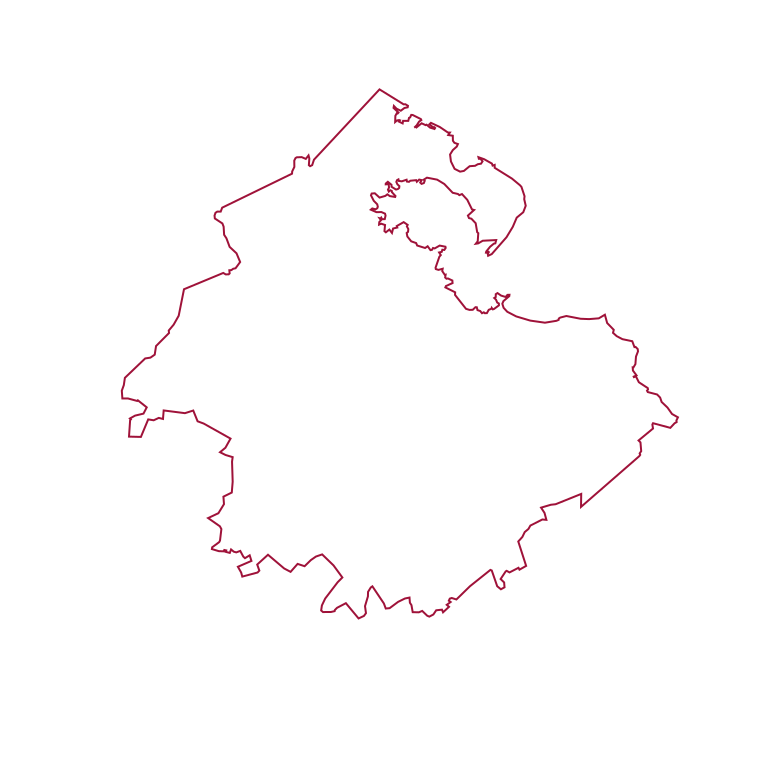 San Antero, Córdoba, Colombia (Natural Earth projection), rotated 43°
{"feature_id": "7082276B13648445071260", "entity_name": "San Antero", "entity_type": "district", "adm_level": 2, "iso_a3": "COL", "parent_name": "Colombia", "parent_adm1": "Córdoba", "projection": "natural_earth1", "projection_center": [-75.777, 9.358], "detail": "fine", "context": "isolated", "style": "outline", "palette": "rose", "viewbox_px": 768, "rotation_deg": 43, "n_neighbors": 0, "source": "geoboundaries", "source_scale": "gbopen_adm2", "svg_char_len": 6165}
<svg xmlns="http://www.w3.org/2000/svg" viewBox="0 0 768 768"><g transform="rotate(43 384 384)"><path d="M411.7,621.5L420.1,608.1L420.1,605.5L414.4,602.5L415.6,588.0L436.8,587.0L443.8,585.1L443.5,574.5L450.2,571.4L450.6,562.7L451.9,556.6L455.0,550.8L470.8,551.1L485.5,553.9L485.3,560.6L487.3,581.0L489.6,588.3L492.5,592.5L494.9,592.4L500.7,586.9L502.8,583.8L502.2,582.8L502.3,579.7L505.6,570.3L525.3,572.8L527.5,567.3L527.1,563.9L521.6,559.4L517.1,550.3L514.1,546.9L513.1,541.8L513.5,539.9L533.6,544.6L538.4,547.0L541.0,544.1L542.9,533.7L545.6,526.6L548.3,522.8L552.1,526.3L554.9,527.0L560.6,531.3L565.2,527.2L566.7,523.9L573.7,524.0L575.8,523.2L577.3,518.9L576.5,513.9L580.3,509.5L582.9,510.7L583.5,502.6L580.5,502.7L581.4,498.0L579.2,498.3L578.5,496.1L579.5,494.3L583.9,492.2L584.8,473.2L588.6,447.4L590.0,446.9L604.7,454.7L609.5,454.4L610.8,450.5L607.2,447.2L602.3,447.1L600.8,438.1L601.1,437.0L604.3,436.2L607.7,426.7L609.7,427.4L612.0,420.1L589.6,407.6L589.5,401.5L587.9,396.3L588.5,391.5L587.6,387.7L592.2,375.1L595.4,372.6L589.3,368.8L583.2,367.3L588.4,358.5L591.5,354.9L603.2,329.9L611.9,339.5L619.9,262.7L619.7,261.1L618.3,260.4L617.9,257.7L611.4,251.8L608.7,251.7L611.1,233.1L607.9,230.6L607.5,229.2L623.3,220.8L623.3,214.5L624.0,212.3L622.7,211.2L621.7,207.9L615.1,209.5L607.4,207.9L599.3,207.8L595.2,205.6L590.9,205.4L582.4,210.0L580.9,209.5L580.8,207.9L579.7,207.1L569.2,208.9L563.0,206.6L562.1,208.5L561.6,208.3L562.8,205.5L556.9,204.4L554.5,202.2L555.1,201.7L554.3,198.0L549.6,192.1L547.5,186.9L545.7,185.4L542.7,185.3L542.0,186.2L536.4,183.4L527.8,188.6L521.6,190.3L516.6,190.4L515.1,187.7L505.6,187.2L498.3,182.7L496.3,189.5L489.7,196.7L483.3,202.2L471.0,209.9L467.6,215.2L467.2,216.9L468.0,218.0L467.0,220.2L459.9,229.4L447.7,237.9L434.6,244.4L424.9,247.1L419.5,246.7L415.8,244.6L414.8,241.9L415.7,234.3L414.9,233.2L413.5,234.6L413.6,237.4L409.3,239.5L405.0,240.1L404.5,242.1L406.4,244.2L406.0,245.9L408.3,245.9L411.2,247.2L413.1,246.8L414.4,248.1L413.3,254.1L412.7,255.2L410.9,254.9L411.3,255.6L410.0,258.3L410.9,262.0L409.4,263.5L408.1,263.5L407.4,265.4L404.6,265.0L402.0,266.2L399.5,264.6L398.5,265.5L398.3,269.2L396.0,271.5L392.7,273.1L375.2,270.4L373.5,268.4L363.0,271.5L362.5,270.1L365.3,263.4L363.4,261.7L358.8,263.2L357.9,264.4L356.1,264.4L354.5,262.0L354.0,262.7L349.6,261.7L348.3,259.7L346.0,263.4L343.5,264.6L342.4,263.8L337.7,253.2L337.6,251.0L334.6,250.2L336.1,248.0L335.1,246.0L336.7,244.8L336.3,242.4L335.3,241.7L330.3,244.8L328.6,250.3L327.1,251.1L327.6,253.1L326.7,254.4L322.0,253.5L321.3,256.5L313.8,260.1L311.4,259.0L306.6,261.1L300.5,260.2L297.6,258.1L297.8,256.3L296.1,254.1L293.2,253.1L292.8,251.5L288.0,252.2L285.6,259.8L287.0,260.5L284.6,264.1L286.8,268.1L282.6,267.4L281.9,271.8L280.1,271.9L276.3,267.0L272.6,268.7L271.7,270.8L270.1,268.8L270.1,266.3L267.7,265.8L268.6,265.3L268.5,264.2L270.2,264.8L272.1,262.9L270.3,259.8L268.6,258.7L264.9,260.0L261.2,263.5L255.5,265.5L255.7,263.6L258.7,262.0L259.2,260.0L258.6,258.6L256.5,257.2L251.6,257.0L245.8,254.9L245.1,253.1L247.2,250.8L253.6,250.7L256.7,245.5L257.1,243.0L260.1,242.6L264.6,239.6L264.2,238.7L259.0,238.3L258.0,237.5L256.5,238.0L256.3,240.0L254.4,239.2L253.7,236.9L251.6,235.1L250.7,235.1L249.1,236.8L248.6,236.2L248.9,233.5L253.6,233.2L255.0,234.6L260.2,233.6L261.2,231.9L261.4,230.3L260.3,228.8L257.6,228.8L255.2,227.8L254.5,226.0L255.0,224.5L256.3,225.4L258.8,223.6L261.2,219.2L262.7,220.3L264.4,219.1L264.6,217.4L268.5,213.0L270.1,213.7L270.3,210.5L272.5,209.2L273.1,212.0L275.0,212.0L276.1,209.9L275.2,207.6L273.7,207.5L274.7,203.8L283.5,198.3L291.7,196.6L303.8,197.3L308.5,194.6L310.3,194.5L311.5,191.9L319.3,192.5L329.3,196.3L331.2,195.3L330.5,203.6L333.0,204.7L335.2,203.5L341.4,203.9L348.6,209.4L350.1,209.4L355.2,215.7L355.5,218.8L357.0,216.9L358.5,211.9L367.9,202.2L369.5,205.2L368.6,206.5L368.0,211.2L368.4,217.3L369.0,218.4L369.9,217.7L370.5,215.3L371.2,218.1L372.7,219.2L374.2,215.5L373.5,193.1L371.0,181.2L367.6,171.8L368.7,163.4L366.1,157.0L360.5,153.2L358.7,150.8L350.1,146.1L347.9,145.9L337.5,146.5L317.5,150.4L315.5,148.3L314.5,150.2L312.6,149.2L303.9,151.3L298.4,153.7L299.8,154.6L301.0,153.5L304.2,153.9L304.7,156.7L302.7,159.3L301.8,162.3L298.1,166.3L297.1,173.7L294.8,176.8L288.9,178.5L281.2,175.6L275.8,171.1L274.8,166.0L275.3,160.7L274.4,158.1L271.0,159.6L268.5,159.1L265.0,155.5L261.2,158.1L260.7,155.2L259.2,156.5L249.5,158.0L240.2,161.0L240.1,163.1L244.6,162.8L245.7,161.8L246.8,161.9L247.0,163.1L242.8,165.1L238.3,165.3L237.9,166.3L233.7,167.7L232.8,174.0L232.0,173.7L231.3,175.8L231.5,172.5L230.7,168.2L231.3,165.5L230.3,165.1L221.5,167.7L220.4,168.6L221.3,171.2L220.8,172.3L222.3,175.0L218.5,178.5L219.9,180.7L216.0,181.9L215.8,180.3L215.1,180.6L213.8,182.3L213.5,184.8L209.4,180.1L208.7,177.2L209.5,176.9L209.5,175.6L202.7,175.6L201.6,173.9L205.4,174.1L209.9,172.7L210.7,168.2L212.6,165.5L211.8,164.2L208.9,164.8L207.6,166.1L179.8,171.6L179.8,267.7L182.2,272.9L181.4,275.1L179.8,275.2L175.6,270.0L172.9,268.3L173.3,272.7L169.1,274.2L165.6,277.7L165.2,279.1L166.0,281.8L170.4,286.4L171.9,291.2L173.3,292.9L145.4,365.4L147.0,369.3L144.5,371.6L144.0,373.7L145.2,376.4L147.4,378.3L156.3,376.8L159.4,378.3L165.3,383.9L169.4,384.9L177.6,389.0L187.0,389.0L195.6,392.9L196.5,400.6L195.1,402.6L194.7,404.8L193.3,406.3L195.7,408.4L195.6,409.7L193.5,411.8L190.7,412.4L173.1,451.1L187.3,474.1L189.7,484.1L190.1,491.7L192.0,493.3L191.4,511.7L196.3,518.9L195.2,524.0L191.9,528.2L190.3,556.2L194.5,562.3L196.8,567.7L202.5,573.0L206.6,569.2L215.1,564.7L215.1,563.8L226.4,562.9L228.3,569.7L223.5,576.9L221.7,582.5L223.0,582.5L223.0,583.6L233.4,596.4L242.3,588.5L235.7,570.7L240.3,567.6L242.4,562.4L246.2,560.3L240.9,553.6L258.3,541.1L262.6,533.5L273.1,538.4L279.1,535.9L309.0,528.6L311.5,538.8L310.6,545.7L316.5,544.0L323.2,540.7L325.8,544.4L340.0,558.7L346.7,567.2L343.4,575.9L348.9,581.0L351.0,591.4L346.8,602.0L361.0,600.0L364.0,601.0L370.8,610.3L371.3,612.0L369.7,620.6L370.7,622.1L377.2,618.9L380.9,615.7L380.4,614.3L382.1,613.3L382.7,614.7L386.4,612.7L385.0,609.3L388.5,609.1L390.8,607.9L392.7,604.1L398.8,606.2L401.1,606.2L402.6,600.9L407.7,603.8L401.8,617.3L408.1,619.3L411.7,621.5Z" fill="none" stroke="#9f1239" stroke-width="2"/></g></svg>